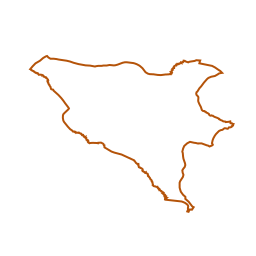 outline of Nong Ki, Buri Ram, Thailand, rotated 97°
{"feature_id": "78962969B963450613013", "entity_name": "Nong Ki", "entity_type": "district", "adm_level": 2, "iso_a3": "THA", "parent_name": "Thailand", "parent_adm1": "Buri Ram", "projection": "equal_earth", "projection_center": [102.596, 14.712], "detail": "fine", "context": "isolated", "style": "outline", "palette": "amber", "viewbox_px": 256, "rotation_deg": 97, "n_neighbors": 0, "source": "geoboundaries", "source_scale": "gbopen_adm2", "svg_char_len": 5646}
<svg xmlns="http://www.w3.org/2000/svg" viewBox="0 0 256 256"><g transform="rotate(97 128 128)"><path d="M61.8,41.3L60.2,43.3L59.2,45.4L57.3,49.0L56.1,52.1L55.1,65.0L54.7,64.9L53.4,64.9L52.2,64.6L52.4,68.5L53.3,70.0L54.6,74.6L55.0,75.6L55.5,76.2L55.0,78.7L54.4,79.9L54.4,80.8L55.0,80.7L55.3,81.3L55.7,81.2L56.0,81.4L56.0,82.1L56.5,82.4L56.4,83.1L57.0,82.9L56.8,83.5L57.1,83.6L57.3,84.1L57.7,84.4L57.6,84.9L57.7,85.1L58.3,85.3L58.3,86.6L58.7,86.5L58.9,87.8L59.1,87.9L59.1,87.4L59.2,87.2L59.4,87.5L59.9,87.6L59.7,88.1L60.3,88.6L60.9,89.6L61.7,90.0L62.3,89.5L62.8,89.5L62.8,90.4L62.9,90.5L63.5,90.7L63.9,91.1L64.7,90.6L64.8,90.8L64.6,91.2L65.2,91.2L65.4,91.7L66.8,91.4L67.0,91.6L67.2,92.3L67.3,92.2L67.2,91.8L67.6,91.6L67.8,91.1L68.7,91.4L68.9,92.1L69.2,91.9L69.4,92.0L69.3,92.4L69.9,94.7L70.3,97.2L71.5,101.9L71.7,105.1L71.6,109.3L71.9,113.1L71.6,115.0L70.5,117.4L66.9,120.9L65.2,123.4L64.5,124.7L63.6,127.1L63.1,129.2L62.9,130.6L62.9,137.3L63.1,139.0L63.9,141.3L66.4,146.1L67.3,148.3L67.6,149.8L67.7,154.0L68.6,156.8L69.0,160.0L69.5,161.6L69.9,164.9L70.6,167.4L71.0,168.2L70.7,173.3L71.0,177.7L70.6,184.9L69.9,189.9L69.1,193.6L68.7,197.0L68.5,205.1L68.3,207.3L68.3,209.9L68.7,213.4L67.7,215.6L66.4,217.1L66.9,218.2L68.8,220.7L72.0,223.6L75.1,227.7L78.4,230.2L81.5,232.2L81.6,231.8L82.0,231.5L82.2,230.8L82.4,230.8L82.9,229.7L83.0,228.6L83.7,228.0L83.7,227.6L84.2,227.0L84.2,226.5L84.5,226.3L84.4,225.8L84.7,224.9L84.6,224.6L84.9,224.5L84.8,224.1L86.0,223.1L85.8,222.6L85.9,222.2L85.7,221.2L85.8,220.8L85.7,220.1L86.0,219.1L86.4,219.2L86.3,218.7L86.7,218.0L87.3,217.9L87.7,215.6L88.2,215.6L88.3,214.9L89.7,213.4L90.0,213.5L90.4,213.1L91.0,213.6L91.5,213.2L91.8,213.5L92.4,213.1L92.8,213.0L93.1,212.4L94.2,212.1L94.8,211.2L95.1,211.1L95.3,211.2L96.8,209.8L97.2,209.8L98.8,209.0L99.0,208.1L99.1,206.9L100.0,206.4L103.7,201.1L106.5,197.8L109.1,195.2L111.0,193.5L115.2,189.4L115.9,189.0L116.9,189.6L121.0,193.0L122.3,193.9L123.5,194.1L125.9,193.9L128.5,193.1L129.8,192.2L134.0,187.9L136.2,185.3L137.4,183.0L138.2,182.3L138.2,181.8L138.1,181.6L138.1,181.3L138.0,180.9L138.1,180.7L138.4,180.8L138.6,180.3L138.4,179.9L138.8,179.8L139.0,179.4L138.9,179.2L139.1,179.0L138.7,178.6L138.8,178.0L138.9,177.5L138.8,177.1L138.9,176.3L138.6,176.1L139.0,175.6L139.3,173.9L139.7,173.8L140.0,172.9L140.3,172.6L140.3,172.2L140.8,172.4L140.9,171.5L141.1,171.4L141.4,170.7L142.0,170.7L142.2,170.4L142.3,169.7L142.0,169.2L142.6,169.3L143.0,169.1L143.0,168.4L143.5,168.5L144.0,168.1L144.1,167.9L144.9,167.7L145.0,167.4L144.7,167.1L145.2,166.5L145.1,166.2L145.5,165.9L146.5,166.3L146.8,166.1L147.0,165.3L147.4,165.3L147.7,164.6L147.8,164.3L147.6,164.0L147.1,161.7L146.8,158.6L146.7,156.7L146.8,155.9L146.3,155.8L145.8,153.0L146.6,150.8L146.9,150.4L148.1,149.9L148.1,149.3L150.1,149.0L153.4,141.5L154.1,138.4L155.1,131.2L159.3,118.1L159.6,118.0L159.7,117.6L161.8,115.7L161.9,115.3L162.6,114.4L162.4,113.3L162.8,113.2L163.1,113.4L163.6,113.3L163.8,113.0L164.2,113.1L165.1,112.5L165.6,112.4L165.8,111.7L165.8,111.0L166.2,110.7L166.3,109.7L167.2,108.4L167.9,108.3L168.4,108.6L168.9,108.3L168.8,108.0L169.1,107.9L169.5,107.1L169.5,106.6L170.0,106.1L170.1,105.6L169.8,105.1L170.4,105.1L170.3,104.7L170.6,104.6L170.7,103.9L171.1,103.2L171.1,102.9L172.2,102.4L172.8,102.5L173.2,102.4L173.4,102.1L173.3,101.7L173.7,101.4L173.9,101.1L174.4,100.9L174.7,100.3L176.3,99.4L176.5,98.7L177.3,98.0L178.1,98.0L178.5,97.4L178.9,97.3L178.9,97.1L180.4,96.7L180.9,96.4L181.6,96.5L181.7,96.1L182.3,95.8L182.5,95.5L182.6,94.9L182.7,94.7L182.6,93.9L182.9,93.0L183.0,92.2L182.8,91.7L183.3,91.5L183.3,91.2L183.9,90.6L184.3,90.4L184.4,89.9L184.7,89.9L184.8,90.2L185.2,89.8L185.1,89.4L185.4,89.4L185.5,89.1L185.8,89.1L185.7,88.6L186.2,88.2L186.4,87.4L186.6,87.4L186.7,87.0L187.1,86.9L187.1,86.6L187.5,86.2L187.5,85.8L187.7,85.7L187.6,85.2L188.1,84.5L189.0,84.6L189.1,85.1L189.5,84.5L189.9,84.3L189.8,83.2L190.2,83.1L190.2,82.8L190.8,82.3L191.1,82.7L191.2,82.1L191.5,82.3L191.5,82.0L191.9,81.8L192.1,82.1L192.3,81.5L192.5,82.0L192.8,81.9L192.8,81.5L192.9,81.4L193.2,81.8L193.3,82.1L193.6,82.2L193.6,82.6L193.9,82.6L194.1,82.4L194.5,82.5L194.6,82.3L194.4,65.8L194.9,63.7L195.5,62.0L196.7,59.9L197.8,58.9L198.2,58.7L200.3,58.8L201.4,58.4L203.6,59.0L203.8,57.7L201.4,56.9L201.4,55.5L201.1,55.3L201.2,54.5L198.6,53.2L198.1,54.6L193.8,58.8L191.3,62.5L190.4,62.5L189.3,62.7L187.6,65.2L184.8,67.8L182.4,68.9L180.8,69.5L176.0,70.1L174.3,69.7L170.0,67.6L168.2,67.3L167.6,67.3L165.7,68.3L163.4,68.9L161.6,68.1L159.9,67.0L157.8,66.6L156.1,67.1L151.8,69.2L149.8,69.8L146.1,70.6L144.9,71.2L141.7,70.8L139.0,70.0L136.0,67.4L134.2,64.8L134.6,60.6L134.6,58.9L134.9,56.5L134.7,56.3L134.3,53.1L135.6,47.6L135.7,46.4L136.4,44.8L135.3,42.8L134.6,41.9L134.2,41.8L132.9,42.8L129.8,42.5L127.8,42.0L125.3,41.0L123.4,40.0L120.5,37.8L119.8,37.2L119.1,36.1L118.7,35.4L118.5,34.5L118.1,33.8L117.0,32.8L116.5,32.1L116.4,30.9L116.6,29.6L116.6,28.9L116.2,28.5L115.1,27.9L114.8,26.2L114.5,25.7L114.1,25.2L113.5,25.2L113.4,24.7L112.7,24.0L112.0,24.1L111.2,23.8L111.0,25.6L110.7,25.6L110.6,26.9L109.0,27.3L109.6,28.9L110.2,31.7L109.8,32.0L109.8,34.3L109.2,35.4L108.9,36.7L108.2,38.6L107.8,38.6L107.1,40.5L106.4,43.5L105.8,44.9L105.5,45.2L105.5,46.2L105.3,46.7L105.7,47.4L105.6,48.1L105.2,48.8L104.7,49.3L104.2,49.4L103.9,49.9L103.8,50.2L103.4,51.0L103.3,51.6L103.0,52.4L102.5,52.7L102.2,53.5L102.3,53.9L101.9,54.3L102.0,54.6L101.9,55.7L101.6,56.2L101.1,56.9L98.3,58.2L95.7,60.0L93.3,61.4L92.1,61.7L89.4,61.8L88.3,62.2L86.8,64.0L85.9,64.4L85.3,64.5L84.1,64.3L83.4,63.6L79.9,62.0L77.8,60.5L73.6,58.1L69.8,55.5L68.5,54.3L67.0,51.7L65.8,48.1L63.8,45.4L62.9,44.5L62.2,42.8L61.8,41.3Z" fill="none" stroke="#b45309" stroke-width="2"/></g></svg>